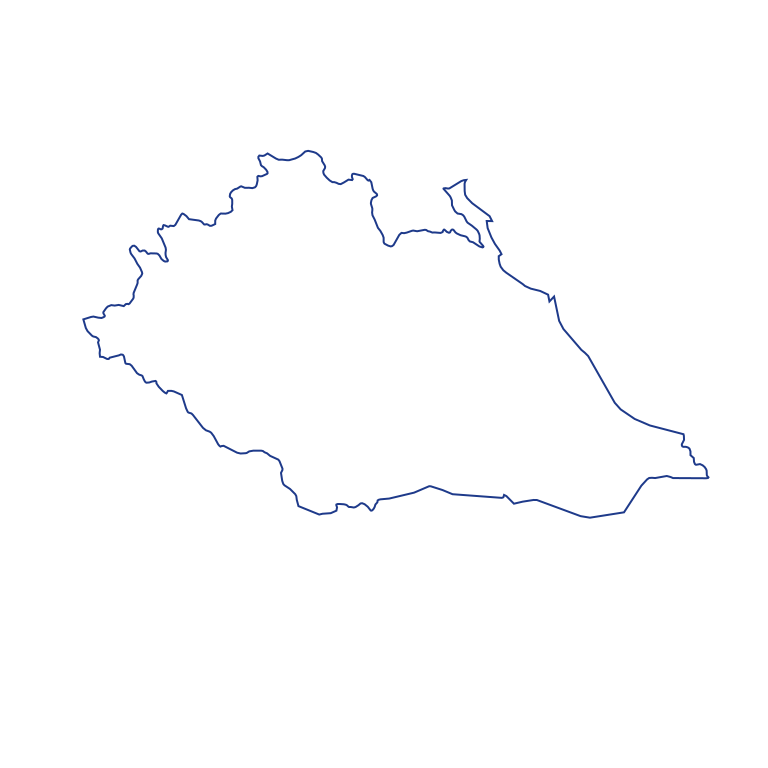 outline of Pahang, rotated 326°
{"feature_id": "MYS-1147", "entity_name": "Pahang", "entity_type": "State", "adm_level": 1, "iso_a3": "MYS", "parent_name": "Malaysia", "parent_adm1": "", "projection": "natural_earth1", "projection_center": [102.483, 3.614], "detail": "fine", "context": "isolated", "style": "outline", "palette": "blue", "viewbox_px": 768, "rotation_deg": 326, "n_neighbors": 0, "source": "natural_earth", "source_scale": "10m", "svg_char_len": 6166}
<svg xmlns="http://www.w3.org/2000/svg" viewBox="0 0 768 768"><g transform="rotate(326 384 384)"><path d="M566.3,260.8L564.3,261.7L562.8,263.0L558.8,269.1L557.1,272.5L556.9,276.4L558.2,283.4L565.4,303.9L564.7,309.4L560.3,306.3L557.1,312.7L555.0,322.6L554.3,329.9L554.5,338.1L554.0,342.1L550.6,342.2L548.7,345.1L547.1,348.9L546.3,352.0L546.5,356.4L547.6,360.1L554.9,378.8L555.7,381.6L559.0,387.0L565.5,394.2L570.0,401.7L567.3,408.1L573.9,406.6L564.5,429.6L563.5,438.7L566.7,466.1L568.0,470.5L568.9,475.0L564.8,528.6L566.0,537.4L572.3,553.2L581.2,567.0L604.2,593.1L603.6,594.7L601.5,598.1L597.2,600.5L596.5,601.7L596.5,602.7L597.2,603.6L598.8,604.6L599.7,605.5L600.7,607.0L601.1,608.4L600.4,611.2L598.3,614.4L599.4,618.6L597.5,621.9L597.0,624.2L597.3,625.2L597.8,625.6L601.2,627.1L602.7,629.6L603.4,632.2L603.4,634.8L603.0,636.3L600.7,640.0L600.5,641.0L600.8,642.8L600.0,643.1L598.4,642.3L571.0,623.6L569.6,621.4L567.0,618.4L556.2,613.6L553.7,611.6L551.3,610.2L548.8,610.2L540.5,612.2L511.2,624.6L480.0,610.0L473.1,603.5L445.9,565.7L443.2,563.8L433.2,559.1L424.8,555.9L422.8,545.4L421.5,543.1L419.7,544.6L419.0,544.6L417.9,544.2L379.2,513.7L373.2,504.6L365.6,495.0L364.3,494.0L348.2,490.9L324.3,481.9L316.5,477.6L314.8,477.0L313.6,477.0L312.3,478.4L309.5,479.1L307.5,480.7L305.8,481.6L304.0,482.1L303.0,482.1L302.4,481.7L302.2,481.0L301.9,476.7L300.7,472.8L299.2,470.6L297.7,469.9L295.1,470.2L291.6,470.1L289.9,469.5L287.8,467.5L286.2,466.4L285.7,465.1L285.6,464.2L284.9,462.8L283.5,461.3L279.9,458.5L278.3,457.5L277.1,457.3L276.7,457.8L276.1,460.0L273.7,462.4L267.6,461.3L260.5,457.2L257.3,456.0L244.8,437.4L246.9,431.3L248.6,427.9L248.8,425.7L247.4,418.5L244.9,412.5L244.6,410.9L244.9,409.4L245.5,407.3L248.9,400.1L251.7,398.5L252.5,397.4L254.2,389.6L254.1,387.6L249.4,379.9L248.3,376.1L246.8,373.8L246.1,371.8L244.9,370.6L238.4,366.2L234.6,364.5L231.6,364.4L230.6,364.0L226.2,361.4L223.8,358.8L216.5,345.6L214.8,344.7L213.4,344.4L213.0,343.2L212.8,341.3L213.7,332.0L213.5,327.8L212.8,326.0L210.5,322.8L209.4,319.1L208.3,302.8L207.9,300.8L205.9,298.3L205.7,297.4L206.3,293.5L210.3,280.1L205.6,272.6L203.8,270.7L201.0,268.9L198.8,270.0L198.3,270.1L197.5,268.7L196.7,266.1L195.7,260.3L195.7,256.2L196.4,255.1L196.5,254.5L196.3,253.7L193.0,252.2L190.3,251.5L187.8,250.1L187.4,249.4L187.2,248.2L187.5,245.6L188.2,242.4L187.9,241.4L186.3,239.4L185.3,236.9L185.0,227.7L184.3,225.4L181.5,223.0L181.3,222.0L183.8,215.8L183.9,214.3L183.7,213.6L182.4,212.4L180.2,212.0L171.3,208.8L170.0,209.3L169.2,209.0L168.3,208.2L166.2,204.5L163.8,202.6L165.5,199.4L167.7,196.8L170.2,189.6L172.1,188.3L172.3,187.4L172.2,186.2L171.4,184.0L169.5,182.0L168.9,180.6L167.8,174.5L168.1,170.9L170.9,162.3L178.6,164.6L180.8,165.6L184.2,169.2L186.7,171.3L188.9,171.8L190.1,171.8L190.7,171.3L190.9,168.6L191.2,167.9L191.7,167.4L195.9,165.8L198.2,165.3L202.0,166.1L204.6,168.4L208.3,170.1L211.8,173.9L214.6,173.4L216.1,174.1L216.9,175.0L218.1,175.0L223.8,173.0L224.7,172.4L225.9,170.8L226.5,169.5L227.5,168.4L234.9,163.5L236.2,162.5L237.7,160.3L238.9,159.7L243.2,158.6L245.3,157.3L245.9,156.0L246.8,151.1L246.7,146.5L247.4,140.4L247.1,134.8L247.3,133.4L248.5,130.3L249.3,129.7L251.9,129.0L253.0,129.0L254.3,129.7L255.1,131.7L255.5,137.2L256.4,138.1L258.6,138.4L260.2,139.5L260.7,141.0L260.9,143.5L261.2,144.2L261.8,144.6L263.5,145.1L268.3,148.5L269.2,149.5L269.7,151.8L269.4,155.9L270.2,158.8L271.0,160.1L273.0,161.2L273.7,161.0L274.1,160.5L274.3,157.0L275.1,154.9L276.2,153.1L278.2,150.9L279.2,148.8L281.2,139.0L281.1,132.7L281.5,131.5L282.9,129.6L283.7,129.1L284.3,129.2L285.5,131.0L286.2,131.4L287.4,131.3L289.1,129.5L290.1,129.0L291.0,129.9L292.8,132.8L293.3,133.2L295.3,133.2L298.0,135.5L300.0,135.4L310.5,130.2L312.1,129.9L312.9,130.9L314.1,134.3L314.5,138.3L321.9,144.9L323.1,146.5L323.6,147.8L324.1,151.1L324.6,151.6L326.4,152.4L327.2,153.5L328.1,155.5L328.9,156.0L329.6,156.4L333.5,157.0L335.5,154.1L337.3,152.9L341.5,151.5L342.9,151.4L344.0,151.4L347.8,154.1L350.2,155.1L353.3,155.6L355.6,155.2L357.1,151.8L358.9,149.8L361.1,146.5L361.5,145.1L360.9,143.0L361.1,142.1L362.8,140.3L364.5,139.5L367.0,139.0L369.4,139.1L371.5,139.9L375.4,140.0L376.2,140.3L378.4,143.6L381.8,145.8L384.4,148.0L387.0,148.8L388.7,148.4L390.1,147.4L393.1,144.5L394.9,141.4L395.7,141.2L396.3,141.3L397.6,142.7L399.1,143.5L404.5,144.4L405.3,144.2L406.0,143.0L406.1,140.4L405.5,137.0L404.6,135.1L404.4,133.7L405.7,130.2L406.1,126.6L406.9,125.4L408.4,124.9L411.0,127.1L412.6,127.7L416.4,127.8L420.5,136.7L422.1,139.2L425.1,141.1L428.6,144.1L430.5,145.4L436.5,147.4L440.0,147.9L443.3,148.0L448.7,147.2L451.5,148.3L455.1,152.1L456.8,154.4L457.7,156.9L458.6,160.9L458.6,162.3L457.3,164.7L457.1,169.6L456.7,171.0L455.8,172.0L452.7,173.5L451.8,175.1L451.4,176.9L451.9,181.0L452.8,184.9L454.1,187.8L455.7,188.9L457.1,190.6L458.3,192.7L459.9,194.1L463.5,194.5L468.8,194.7L471.6,197.1L472.6,196.7L473.2,194.4L474.0,193.2L475.0,192.4L475.7,192.4L476.7,192.9L483.2,200.0L483.9,201.7L484.4,205.8L484.8,206.6L486.1,206.7L486.3,209.6L483.7,215.9L483.3,217.6L483.3,218.9L484.3,222.4L484.1,223.2L483.7,223.8L482.3,224.0L478.6,223.4L476.5,224.5L474.7,226.2L473.9,227.3L472.5,231.9L471.6,233.3L470.0,235.2L468.8,237.7L468.2,242.5L466.3,251.1L466.6,255.1L466.2,259.8L465.5,262.5L463.1,266.1L462.9,267.1L462.9,268.0L464.8,271.6L466.5,273.7L467.8,274.2L469.7,274.1L480.1,268.9L483.0,268.5L485.0,270.2L487.5,271.2L492.8,272.6L494.0,273.1L496.9,275.9L504.1,279.0L505.1,279.9L505.9,281.9L507.3,283.3L508.7,285.4L510.9,286.8L515.4,290.4L517.5,290.8L518.8,289.9L519.9,289.5L520.4,289.8L521.2,293.1L522.4,294.9L523.1,295.2L523.7,295.1L525.2,294.2L526.7,294.0L527.4,294.4L527.8,295.2L528.0,298.3L528.6,300.0L530.7,303.5L533.8,306.9L534.6,308.1L534.9,309.6L534.6,312.0L534.9,313.8L537.1,316.3L540.0,323.3L542.0,325.8L542.8,326.0L543.3,325.7L543.4,324.9L542.8,320.0L542.9,319.2L544.6,317.2L546.3,314.3L546.8,312.8L547.3,309.5L547.1,307.8L545.4,301.9L543.5,297.0L543.4,295.4L544.1,290.3L544.0,288.5L543.2,286.5L540.3,283.8L539.5,280.7L539.6,278.9L540.3,273.9L542.9,269.8L543.6,266.6L543.7,264.8L542.5,255.4L542.8,255.2L544.5,256.0L546.4,257.8L547.6,258.4L561.6,259.0L564.2,259.7L566.3,260.8Z" fill="none" stroke="#1e3a8a" stroke-width="2"/></g></svg>